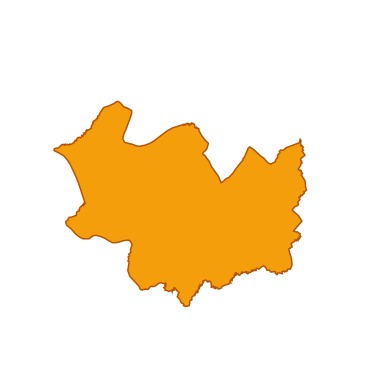 Sakhrai, Nong Khai, Thailand (Robinson projection), rotated 49°
{"feature_id": "78962969B97466858782755", "entity_name": "Sakhrai", "entity_type": "district", "adm_level": 2, "iso_a3": "THA", "parent_name": "Thailand", "parent_adm1": "Nong Khai", "projection": "robinson", "projection_center": [102.714, 17.678], "detail": "fine", "context": "isolated", "style": "filled", "palette": "amber", "viewbox_px": 384, "rotation_deg": 49, "n_neighbors": 0, "source": "geoboundaries", "source_scale": "gbopen_adm2", "svg_char_len": 6055}
<svg xmlns="http://www.w3.org/2000/svg" viewBox="0 0 384 384"><g transform="rotate(49 192 192)"><path d="M231.9,294.9L232.4,294.3L233.5,293.9L233.5,292.7L234.4,291.8L234.6,290.5L235.5,290.4L236.6,289.0L236.2,285.4L236.5,284.6L237.7,283.6L239.0,280.7L238.9,278.4L239.4,276.1L240.3,274.8L243.1,273.1L243.1,271.7L244.4,272.0L244.7,273.8L246.1,273.6L246.2,274.2L245.5,275.4L245.7,276.1L247.5,275.6L248.3,276.8L250.7,275.1L251.9,274.7L252.8,271.8L254.4,272.5L253.2,270.8L254.2,270.2L254.3,269.7L253.9,269.3L252.8,269.1L252.5,268.3L252.9,267.8L254.5,268.2L255.4,267.7L256.0,268.4L257.0,268.0L259.4,267.8L259.7,269.0L260.4,270.2L260.9,270.3L261.2,271.7L262.8,271.9L265.2,271.6L266.9,272.5L269.3,272.6L270.8,271.8L271.7,272.1L272.1,272.9L272.8,272.7L273.7,272.4L275.2,270.3L275.9,268.5L275.1,267.8L274.8,267.0L273.1,265.6L272.7,264.4L272.9,263.5L273.4,263.2L272.9,262.4L271.8,261.8L271.0,260.4L271.9,257.8L271.1,257.5L271.2,256.5L270.5,255.7L271.1,254.7L270.0,254.2L270.7,253.8L271.5,253.9L271.6,253.3L271.2,252.8L270.0,252.6L270.0,251.2L269.4,250.7L269.7,250.0L268.8,249.8L269.1,249.1L268.9,248.6L267.8,248.6L267.9,247.9L268.7,247.2L267.1,246.6L268.9,245.5L267.9,243.8L267.6,242.5L266.8,242.8L266.3,242.2L266.5,241.3L266.9,241.2L267.5,239.3L268.9,239.4L269.3,238.9L269.9,239.2L269.9,238.4L270.7,238.4L270.7,237.4L271.4,237.0L272.8,237.0L273.8,237.8L274.4,237.8L275.0,238.7L276.1,238.8L276.1,239.8L276.4,240.0L276.8,239.8L276.9,239.1L277.4,238.5L277.3,237.6L279.1,238.4L279.3,238.0L278.9,236.8L279.3,236.7L280.3,237.5L280.6,235.6L281.4,235.5L282.2,235.9L282.7,235.6L283.7,233.2L283.2,232.3L283.1,230.6L285.6,224.1L285.2,222.9L286.0,222.3L284.7,222.2L284.1,221.2L284.8,220.5L283.5,219.9L283.7,219.5L284.8,219.5L283.4,217.9L284.1,217.1L283.7,215.7L282.6,214.8L283.6,214.2L283.6,212.6L282.7,212.9L282.8,213.8L282.4,213.8L281.5,212.5L281.6,211.7L281.9,211.5L282.6,211.9L284.2,210.9L285.0,211.3L286.1,210.7L285.8,208.2L286.2,207.4L285.3,207.4L285.1,207.0L287.3,205.0L287.5,203.5L289.2,204.1L290.3,203.5L290.3,202.6L289.3,202.4L291.0,200.8L291.0,199.8L290.1,198.3L290.7,197.4L291.6,198.1L291.9,197.4L291.7,195.7L292.9,195.7L293.3,195.3L293.0,194.7L292.2,194.2L291.9,193.4L292.4,192.9L294.0,192.3L294.2,189.4L294.0,188.9L294.8,186.3L297.4,185.9L300.2,186.7L302.0,185.0L304.1,185.0L306.5,181.6L307.0,181.6L307.7,182.3L310.0,182.2L310.2,181.7L309.5,181.1L309.3,180.5L310.2,179.4L312.9,177.4L311.3,176.4L311.2,175.8L311.7,174.9L313.1,174.6L312.8,173.5L313.9,173.1L314.1,172.3L313.1,170.1L314.8,168.3L312.8,164.6L311.2,163.2L307.3,160.6L298.4,156.5L299.2,152.5L295.9,150.9L296.5,146.9L295.7,145.7L296.6,145.1L297.2,145.3L296.8,143.2L297.9,143.6L297.4,142.7L296.6,142.2L296.7,141.8L297.7,141.5L297.3,140.8L296.6,140.5L297.1,140.0L297.0,139.2L295.1,138.9L294.5,137.8L292.1,138.6L291.2,138.6L290.5,139.7L288.9,140.2L288.0,140.9L286.1,128.2L279.6,127.2L271.2,128.3L270.6,124.0L271.5,121.3L271.4,120.3L270.9,119.5L269.1,118.9L268.4,115.4L266.1,114.8L266.9,113.4L266.0,112.4L266.5,112.4L266.9,111.1L266.6,110.1L266.6,108.1L265.3,107.5L265.7,106.9L265.6,104.2L263.3,103.3L257.5,99.3L250.8,98.3L250.5,96.5L247.9,96.1L247.6,95.6L246.4,95.9L246.4,96.6L244.6,96.9L243.2,92.6L241.9,91.1L242.3,90.0L240.6,89.0L240.2,89.6L238.2,88.3L238.4,83.3L238.2,82.5L233.6,82.1L233.6,80.5L231.8,80.4L231.3,78.6L228.8,78.6L228.7,79.4L226.6,78.2L224.7,76.0L223.9,75.7L223.2,75.8L225.3,78.6L220.4,91.8L220.3,95.8L218.6,97.3L218.5,99.0L218.7,99.5L220.0,99.9L220.4,103.1L221.1,104.1L222.2,104.7L222.2,106.0L222.6,107.4L223.1,108.5L223.8,108.9L222.7,114.2L219.9,115.6L213.4,115.7L209.6,116.6L199.7,117.7L195.7,119.1L196.0,121.2L199.9,129.2L200.5,132.0L201.4,132.4L201.7,135.4L203.2,143.3L204.6,148.4L205.2,154.4L204.2,157.9L204.6,161.0L204.1,163.9L197.1,161.7L185.6,160.7L180.0,158.9L175.6,158.7L173.0,158.2L171.0,158.9L170.2,158.7L169.5,157.6L169.6,155.2L169.3,152.8L166.3,148.0L165.8,147.7L161.0,148.1L155.4,147.7L150.2,146.5L148.7,145.3L147.5,145.9L146.8,146.9L146.3,146.1L146.0,146.1L146.1,146.9L145.2,147.6L142.9,145.8L141.4,146.1L139.8,146.8L140.3,147.4L140.3,148.0L139.5,148.3L140.1,150.2L139.6,150.2L139.1,149.4L138.8,150.3L138.1,149.9L137.7,150.8L137.1,150.6L136.6,151.6L137.0,153.0L136.6,153.3L136.7,153.8L136.4,154.2L135.8,153.8L135.7,154.5L135.4,154.2L130.8,164.9L129.5,171.1L128.5,187.2L127.7,191.8L125.8,196.8L123.2,201.4L121.0,203.5L117.4,205.4L110.7,210.1L109.8,210.2L106.7,209.3L105.3,208.1L103.5,205.3L101.4,200.6L94.6,188.4L92.9,185.7L91.4,184.5L90.8,184.2L86.6,185.6L83.0,187.6L78.0,187.6L75.9,188.0L74.8,188.6L74.3,189.8L74.0,192.9L72.3,198.7L70.7,202.2L70.4,203.6L71.6,208.4L73.2,212.2L72.8,213.2L73.1,213.7L73.6,213.8L73.6,214.5L74.6,215.1L74.1,215.9L74.3,217.0L74.6,217.4L74.2,218.2L74.4,218.9L73.9,219.6L74.5,220.1L74.2,220.9L74.6,221.7L75.6,221.7L75.9,223.8L76.7,224.8L76.8,225.5L77.9,226.0L77.1,229.8L76.2,230.5L76.7,230.8L76.4,231.7L77.0,231.7L76.8,232.7L77.3,233.5L76.9,234.3L77.6,233.9L78.0,234.7L77.4,234.9L77.2,235.4L78.1,237.3L77.5,237.1L76.9,238.0L77.7,238.9L78.1,240.3L76.6,241.3L76.7,242.6L76.1,242.7L76.6,244.9L77.3,245.2L77.6,245.8L76.4,246.5L77.2,248.5L76.9,248.9L77.2,249.1L76.8,251.9L75.7,252.6L76.1,253.7L74.2,254.8L74.0,255.7L73.2,255.9L73.5,256.7L73.1,257.3L72.7,257.6L72.3,257.2L70.9,259.0L71.0,264.0L69.5,266.2L69.2,267.8L69.8,268.6L70.9,268.7L74.8,266.9L80.9,265.0L86.1,265.1L90.7,265.7L100.7,268.4L110.3,271.6L130.6,280.1L130.6,280.6L130.0,280.9L130.6,281.1L130.7,281.7L130.3,281.9L130.7,282.5L130.1,282.8L130.6,283.2L130.2,283.3L130.2,286.6L131.3,288.8L131.7,288.8L132.3,289.5L131.6,290.7L131.6,292.3L133.7,294.7L131.9,299.5L130.5,301.3L130.9,302.8L131.6,303.8L131.5,306.7L133.3,307.8L134.9,308.3L140.9,307.4L147.4,307.4L152.4,306.4L155.8,304.9L159.7,300.5L160.1,295.3L161.7,292.9L165.0,290.5L169.4,288.3L173.5,287.0L177.9,285.3L178.9,284.5L181.2,281.4L184.1,275.1L185.8,272.5L187.5,270.9L190.2,271.1L192.9,272.1L193.6,274.0L194.6,275.1L194.8,275.9L196.8,277.5L197.5,277.6L197.4,280.6L199.2,280.9L199.2,282.8L200.9,283.5L202.1,285.6L203.4,285.2L209.2,292.0L214.8,294.2L228.2,293.8L231.9,294.9Z" fill="#f59e0b" stroke="#b45309" stroke-width="1.5"/></g></svg>